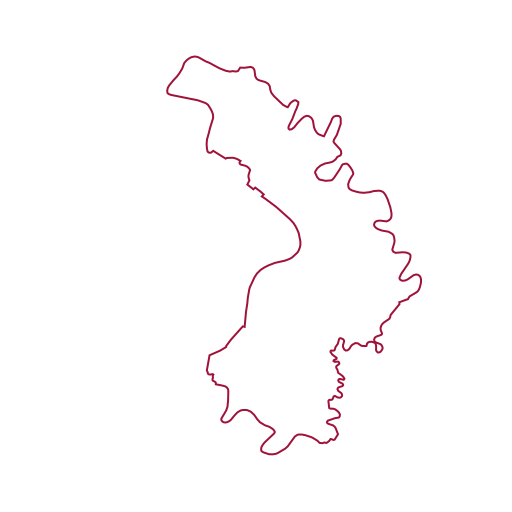 Kim Thanh, Hải Dương, Vietnam (Albers equal-area conic projection), rotated 32°
{"feature_id": "81297802B3696641207460", "entity_name": "Kim Thanh", "entity_type": "district", "adm_level": 2, "iso_a3": "VNM", "parent_name": "Vietnam", "parent_adm1": "Hải Dương", "projection": "albers", "projection_center": [106.496, 20.927], "detail": "fine", "context": "isolated", "style": "outline", "palette": "rose", "viewbox_px": 512, "rotation_deg": 32, "n_neighbors": 0, "source": "geoboundaries", "source_scale": "gbopen_adm2", "svg_char_len": 6136}
<svg xmlns="http://www.w3.org/2000/svg" viewBox="0 0 512 512"><g transform="rotate(32 256 256)"><path d="M407.8,211.9L407.6,210.4L407.7,208.8L411.5,201.4L411.9,199.9L411.9,198.1L411.5,195.6L410.1,191.4L408.9,189.2L408.0,188.0L406.6,186.8L405.3,186.2L403.3,186.1L401.5,186.9L399.8,188.8L397.1,195.3L395.6,197.6L393.8,199.1L392.7,199.6L390.8,199.7L389.9,199.3L389.2,198.4L388.6,194.2L389.1,182.5L389.0,179.9L388.5,177.6L387.8,175.6L386.9,173.9L386.0,173.1L384.3,172.9L381.7,173.4L378.4,175.1L372.6,179.4L370.2,179.6L368.5,178.7L368.1,178.0L366.4,171.8L365.5,169.7L362.9,166.6L361.2,165.4L359.7,165.0L355.5,165.2L349.0,167.8L345.0,168.6L342.5,168.5L340.4,167.8L339.4,166.7L339.0,165.2L339.1,163.8L339.8,162.5L341.0,161.3L342.7,160.1L348.3,157.5L349.6,155.7L350.3,153.7L350.3,152.2L349.8,150.5L348.3,148.0L344.2,143.6L337.9,138.4L334.5,136.2L332.5,135.2L330.5,134.5L329.2,134.4L327.5,134.7L325.7,135.4L321.4,138.6L318.4,141.8L313.9,145.3L310.2,147.2L306.7,148.4L302.7,149.5L300.5,149.6L299.5,149.5L298.1,148.8L296.1,146.3L295.3,143.0L295.0,139.8L295.1,135.5L294.7,134.3L292.5,132.5L289.3,130.9L285.9,129.7L284.1,129.6L282.5,130.7L281.0,132.3L280.8,133.3L281.1,138.1L280.8,147.8L280.4,150.7L279.7,152.0L275.1,155.4L269.1,157.6L266.3,156.8L262.0,154.1L261.5,152.9L261.5,150.1L261.6,148.8L262.8,145.1L265.5,141.0L269.4,137.3L271.1,135.2L272.3,132.0L272.5,128.8L274.2,126.1L274.3,125.2L273.9,123.7L272.4,121.9L270.8,121.0L262.7,118.7L261.2,118.0L260.8,117.2L260.5,115.9L260.4,110.5L257.8,99.0L254.9,94.4L253.4,93.4L252.0,93.4L249.9,94.5L248.6,95.9L248.0,97.0L247.9,97.9L247.8,99.2L248.5,102.6L250.2,118.5L245.3,119.5L243.6,119.5L241.8,119.0L239.1,117.7L237.0,116.1L232.7,111.2L231.0,110.1L229.4,109.5L226.9,109.4L225.9,109.7L224.7,110.3L223.1,112.3L222.0,115.6L220.8,121.3L220.2,126.6L219.2,129.4L217.6,131.0L216.1,130.7L215.4,129.8L214.9,128.3L214.2,120.4L212.6,112.4L212.3,109.6L211.3,104.8L210.3,103.0L207.3,102.9L206.2,103.6L205.7,104.2L204.7,106.3L204.1,108.3L204.1,113.0L202.7,113.3L198.9,113.5L186.8,111.0L182.6,109.5L180.2,107.6L177.6,104.7L175.0,103.5L172.4,103.5L170.8,103.8L165.7,105.3L164.0,105.5L162.4,105.3L160.1,103.9L156.2,99.2L155.1,98.5L153.5,98.0L151.3,98.5L146.3,102.6L142.8,104.6L142.7,108.6L142.2,109.3L141.0,110.3L138.2,111.6L136.2,113.4L132.4,114.9L125.3,116.2L114.1,116.9L110.1,117.6L102.7,117.9L100.5,118.3L98.0,119.5L95.8,121.7L94.4,124.2L93.4,127.0L92.9,130.3L94.1,136.1L94.2,141.1L93.9,145.4L92.8,151.0L92.0,157.3L92.1,160.1L93.0,162.7L93.6,163.6L94.8,164.8L96.3,164.9L98.6,164.4L124.4,154.7L132.3,153.0L135.1,153.2L138.6,154.8L141.9,156.7L144.1,158.4L145.7,160.4L146.5,161.7L149.4,172.4L151.1,177.6L152.7,183.2L154.9,187.4L157.4,190.8L159.5,193.0L160.6,193.3L161.5,193.2L162.6,192.6L163.0,192.3L164.0,189.5L178.7,189.5L179.2,188.4L183.6,185.4L185.1,184.6L188.7,183.7L192.5,183.6L192.4,185.1L192.7,185.8L193.3,186.3L194.4,186.6L199.2,185.1L201.3,184.9L203.5,185.3L205.4,186.1L206.7,191.1L207.4,192.5L208.4,193.7L210.3,195.3L210.8,200.0L218.4,200.8L219.1,198.4L226.0,199.0L229.9,199.7L229.4,202.4L233.3,202.5L247.3,203.7L265.3,206.8L270.4,208.2L274.1,210.0L277.0,211.8L280.0,213.9L285.8,220.0L287.7,222.9L288.6,225.3L289.2,228.2L289.4,230.3L289.1,231.9L287.4,238.1L286.2,240.4L283.2,244.4L275.7,251.8L271.5,257.4L269.0,261.6L267.3,265.3L266.1,270.3L266.0,274.8L267.4,286.0L268.1,288.2L271.3,296.0L273.8,300.9L277.0,308.4L283.9,322.1L282.1,322.7L279.1,340.1L278.4,348.0L278.9,349.0L275.7,355.3L269.2,364.8L275.0,379.2L276.7,380.2L277.3,381.1L278.3,381.4L279.0,381.3L280.0,380.8L281.9,379.1L282.7,379.2L283.0,380.8L284.1,382.2L284.4,383.6L284.8,384.2L285.5,384.6L288.4,384.4L289.2,385.0L289.9,386.1L296.4,383.6L299.3,382.8L301.2,383.0L302.9,383.8L304.1,385.2L309.0,393.5L311.7,399.0L312.6,402.9L312.8,412.4L313.7,413.6L315.1,414.2L316.5,414.2L318.2,413.5L319.5,412.3L320.7,410.5L321.5,408.4L322.3,402.4L323.1,398.5L324.8,395.2L326.3,393.7L328.8,392.0L330.5,391.3L334.3,390.8L338.7,391.7L343.6,393.8L347.5,394.9L353.4,394.8L357.8,393.8L360.7,393.8L362.8,394.0L364.8,394.9L365.3,395.4L365.4,396.9L362.1,409.6L361.8,412.4L361.9,415.3L363.0,417.6L364.2,418.6L366.3,418.6L372.1,417.2L375.2,415.4L377.8,413.1L378.9,411.5L382.8,404.0L383.8,400.6L384.6,388.7L385.7,386.0L386.6,384.9L389.3,383.2L392.2,382.0L398.9,380.3L400.8,380.1L406.0,380.1L408.9,380.8L411.5,379.6L412.8,377.9L414.7,377.3L415.2,376.5L416.1,374.0L416.2,371.7L416.8,371.4L419.1,371.0L420.0,370.1L420.0,363.7L414.8,359.8L413.0,359.0L411.0,358.8L407.2,359.8L405.4,360.0L404.7,359.8L404.1,359.0L404.2,357.5L409.0,351.6L411.7,349.2L412.0,348.7L411.9,347.5L411.1,345.9L409.5,344.9L407.3,344.3L404.3,344.1L402.6,344.5L400.0,346.0L398.6,346.1L394.3,340.7L394.2,339.7L394.5,339.1L396.2,338.0L396.8,337.0L396.3,333.9L396.5,333.4L397.4,332.8L399.6,332.8L401.9,332.0L402.8,331.0L403.2,329.5L403.0,328.7L401.8,327.4L401.0,327.1L397.2,326.8L395.6,325.7L395.4,325.0L395.5,323.9L398.2,320.5L398.4,319.4L398.1,319.0L397.0,318.4L393.3,318.8L391.9,318.2L391.6,317.7L391.6,316.6L392.1,315.9L395.9,314.5L396.2,313.8L395.9,313.1L393.8,312.1L392.2,311.8L387.6,311.5L385.2,309.2L383.5,308.4L382.7,307.5L382.6,306.5L383.7,303.8L383.7,303.3L383.2,302.5L382.3,302.1L381.5,302.1L378.9,304.0L377.5,304.1L377.2,303.5L377.3,302.9L378.8,300.6L378.3,299.6L372.9,299.2L370.0,297.9L369.6,297.1L369.9,296.3L371.6,295.4L372.3,294.7L372.5,294.2L372.3,293.0L371.7,291.3L371.9,287.0L370.5,282.5L370.7,281.4L371.2,280.9L373.5,280.4L374.8,280.7L375.5,281.1L376.0,281.8L377.0,285.4L377.9,286.9L380.1,288.4L380.7,288.6L382.2,288.6L383.4,287.7L384.0,286.6L384.4,284.9L384.3,282.3L384.7,280.3L386.3,277.3L388.6,276.1L393.0,276.3L396.9,274.2L397.3,273.7L396.6,271.4L396.8,270.1L397.6,268.8L399.4,267.5L401.8,266.8L403.0,266.8L404.3,267.3L405.6,268.7L407.7,272.2L408.9,273.0L410.4,273.2L411.1,272.9L412.1,271.8L412.5,270.7L412.5,268.0L412.2,267.0L411.1,265.9L409.5,265.0L408.3,264.8L403.6,265.7L402.0,265.6L401.4,265.4L400.6,264.5L400.1,263.1L400.2,261.8L400.8,260.5L404.0,256.5L404.2,255.7L403.9,254.9L401.1,252.8L400.4,251.9L399.7,250.9L399.1,248.3L399.2,246.5L399.7,244.6L402.4,238.5L402.2,236.8L401.4,234.6L403.2,220.8L402.0,219.3L407.8,211.9Z" fill="none" stroke="#9f1239" stroke-width="2"/></g></svg>